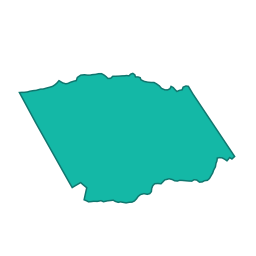 the district of Candeal, Bahia, Brazil, rotated 240°
{"feature_id": "56859067B49884846249596", "entity_name": "Candeal", "entity_type": "district", "adm_level": 2, "iso_a3": "BRA", "parent_name": "Brazil", "parent_adm1": "Bahia", "projection": "albers", "projection_center": [-39.193, -11.879], "detail": "fine", "context": "isolated", "style": "filled", "palette": "teal", "viewbox_px": 256, "rotation_deg": 240, "n_neighbors": 0, "source": "geoboundaries", "source_scale": "gbopen_adm2", "svg_char_len": 1806}
<svg xmlns="http://www.w3.org/2000/svg" viewBox="0 0 256 256"><g transform="rotate(240 128 128)"><path d="M213.0,51.7L178.4,50.7L152.7,50.4L134.8,50.2L120.3,50.0L110.7,49.9L106.7,49.9L104.3,49.9L104.4,53.0L104.4,59.7L101.5,60.7L96.9,62.4L87.8,54.1L85.7,55.7L83.8,56.9L82.7,59.2L81.8,61.4L79.7,64.9L78.6,68.3L76.4,69.9L75.2,73.8L73.8,76.9L72.9,79.1L70.8,80.3L68.5,82.4L67.8,84.6L66.2,86.4L64.1,88.9L63.0,92.1L61.8,94.4L61.6,97.1L62.4,99.9L63.7,102.6L64.1,105.6L63.2,109.0L60.9,111.6L60.3,114.0L61.2,116.4L63.9,118.4L65.7,120.7L66.4,123.2L65.1,126.0L63.2,128.7L64.0,131.6L64.7,133.9L64.1,135.9L63.5,138.2L61.2,140.6L59.0,142.0L57.4,144.2L56.9,146.5L55.6,148.6L53.7,151.3L51.8,154.0L50.1,156.7L50.2,159.3L48.6,161.5L45.4,162.8L44.2,165.3L44.1,167.9L43.0,170.6L43.5,173.2L44.7,175.3L46.7,178.8L48.7,181.1L50.7,184.3L53.4,186.5L55.0,188.5L57.3,190.3L56.7,192.2L55.1,194.6L52.3,196.3L50.1,197.3L50.8,199.3L51.6,201.2L49.2,202.5L50.0,206.1L125.0,201.2L133.9,201.1L135.4,199.2L135.8,196.2L134.0,193.9L134.9,191.3L135.2,188.6L137.8,187.9L140.4,187.4L142.5,186.1L141.0,184.0L141.2,181.3L142.6,179.0L145.6,176.8L148.8,176.2L151.9,174.8L154.4,173.3L156.0,170.6L157.9,167.9L160.3,165.3L163.3,163.3L165.5,163.7L167.2,162.2L168.5,160.0L170.7,160.5L172.9,159.5L173.3,157.3L172.7,154.9L174.2,152.9L174.9,151.1L175.9,149.3L177.4,146.2L179.0,143.1L180.4,140.7L179.7,137.8L181.0,135.3L183.1,134.8L185.5,133.9L188.2,132.3L189.7,129.7L190.7,126.6L192.0,123.9L192.7,121.7L193.9,119.5L195.9,116.9L197.4,113.5L197.1,109.4L194.9,106.9L195.6,104.7L196.4,101.1L196.6,98.4L197.4,96.2L199.7,94.0L203.5,91.9L202.4,88.7L201.9,86.0L201.8,83.4L202.4,80.8L203.4,77.1L204.2,73.8L205.4,71.7L205.9,69.7L206.5,67.3L207.7,64.7L208.9,61.4L209.5,58.9L210.8,55.9L212.1,53.6L213.0,51.7Z" fill="#14b8a6" stroke="#0f766e" stroke-width="1.5"/></g></svg>